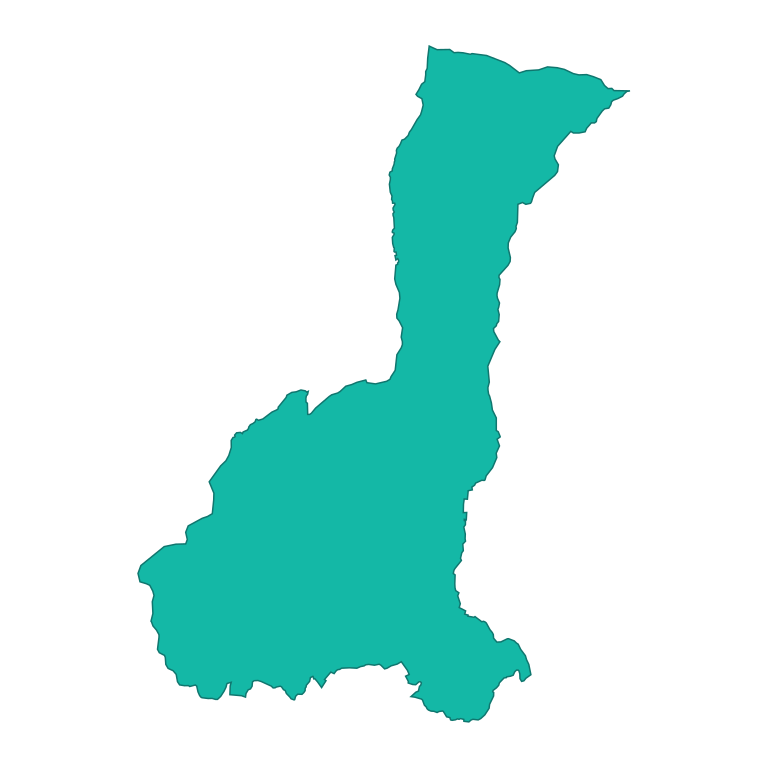 Halmagiu, Arad, Romania
{"feature_id": "2599482B14202054481695", "entity_name": "Halmagiu", "entity_type": "district", "adm_level": 2, "iso_a3": "ROU", "parent_name": "Romania", "parent_adm1": "Arad", "projection": "orthographic", "projection_center": [22.581, 46.302], "detail": "fine", "context": "isolated", "style": "filled", "palette": "teal", "viewbox_px": 768, "rotation_deg": 0, "n_neighbors": 0, "source": "geoboundaries", "source_scale": "gbopen_adm2", "svg_char_len": 6091}
<svg xmlns="http://www.w3.org/2000/svg" viewBox="0 0 768 768"><path d="M484.8,714.9L489.1,708.3L489.6,704.3L493.6,696.0L493.7,692.5L492.7,691.8L493.1,690.4L496.5,687.8L498.7,685.3L499.4,682.8L504.1,677.9L506.4,677.6L506.8,676.8L510.6,676.2L513.2,675.2L514.8,671.7L516.5,670.1L518.1,670.1L518.9,670.8L519.8,673.8L520.0,678.7L521.6,681.4L523.9,680.8L526.0,678.2L530.9,674.7L528.8,664.4L526.6,659.8L525.4,655.7L520.7,649.4L518.2,644.2L516.4,643.0L514.3,640.9L508.6,638.7L507.3,638.8L500.9,641.9L496.9,642.1L493.6,638.2L493.3,634.5L492.2,632.4L489.9,629.6L486.3,623.0L485.3,622.1L483.6,621.3L481.7,621.7L475.0,616.6L474.1,617.3L467.9,616.2L468.1,615.1L464.7,614.1L465.6,610.9L459.2,607.6L460.3,603.7L457.7,595.8L458.9,592.8L455.7,590.6L455.0,587.7L454.8,583.8L455.1,574.9L453.3,573.5L453.9,570.4L454.9,568.6L461.4,560.5L460.5,558.3L461.8,552.7L463.3,550.7L462.8,544.1L465.5,541.2L465.1,538.7L465.3,534.1L463.8,527.0L465.4,524.8L465.5,520.9L464.3,520.6L464.3,519.3L466.3,519.8L466.7,512.5L463.3,512.6L463.5,504.1L464.2,499.0L467.4,499.2L468.2,490.7L472.3,489.9L471.9,487.1L474.6,485.2L475.6,483.1L481.7,480.3L484.4,480.4L485.0,479.9L486.2,475.8L492.5,467.7L496.8,457.6L496.2,453.2L499.5,445.9L497.1,439.2L500.2,436.9L500.1,436.4L498.2,431.7L496.3,430.5L496.3,417.9L492.4,410.0L491.4,402.9L489.6,396.1L488.6,394.1L488.0,390.1L487.9,387.5L489.3,382.1L487.8,366.2L494.9,349.4L499.9,341.7L498.4,340.2L493.8,331.6L493.5,328.5L496.3,325.8L496.8,323.7L498.6,321.5L499.2,314.5L497.9,309.4L498.7,307.2L499.5,303.0L497.5,298.3L497.0,295.6L497.1,293.1L499.6,284.7L500.0,279.5L498.9,277.3L499.1,275.2L508.0,265.3L510.1,261.5L510.4,257.6L508.1,247.9L508.3,242.9L510.7,237.1L515.0,231.8L516.3,228.6L516.0,226.3L517.4,222.4L517.9,204.3L522.5,202.5L525.8,204.3L530.5,203.3L531.5,201.8L532.7,197.7L534.7,192.4L554.8,175.3L557.5,171.6L558.4,164.8L555.0,159.0L554.2,155.8L557.6,146.3L570.8,131.4L573.4,133.0L579.0,133.0L585.1,131.8L586.7,128.2L591.3,122.9L594.6,122.9L596.3,121.6L596.9,118.5L602.2,111.1L604.6,108.8L608.8,108.1L610.8,104.8L611.6,101.7L613.3,100.2L617.8,98.6L622.5,96.2L624.2,93.8L626.9,91.4L630.0,90.9L614.0,90.6L611.8,88.4L608.0,88.6L604.5,85.5L600.9,79.7L593.5,76.7L586.7,74.6L578.9,74.9L573.3,73.6L564.4,69.4L557.1,67.7L547.5,66.9L538.7,69.9L526.3,70.7L519.3,72.9L509.8,65.6L505.0,62.7L486.6,55.5L472.0,53.6L470.4,54.3L463.1,52.8L458.0,52.4L454.1,52.7L449.7,49.5L437.1,49.7L429.2,46.1L427.7,58.2L427.2,68.4L425.7,71.5L425.7,74.9L424.8,81.7L421.6,84.2L418.9,89.7L416.0,94.4L417.6,96.3L421.9,98.7L423.2,105.1L421.6,111.5L420.5,114.9L417.1,119.6L411.5,129.4L409.4,132.2L408.2,135.5L404.5,139.2L401.9,140.1L400.4,143.9L399.0,146.4L397.2,148.2L396.4,150.3L396.6,153.0L394.7,159.1L394.9,160.8L394.4,161.7L394.1,164.2L392.3,168.9L392.3,170.8L389.9,172.2L389.2,175.0L390.4,177.3L390.3,179.9L389.4,184.2L390.3,192.2L392.0,196.0L391.6,199.4L392.4,200.9L392.6,203.2L394.7,203.2L395.0,204.5L393.0,208.1L393.2,210.1L394.3,212.0L393.0,213.6L393.1,215.5L393.8,217.6L394.4,228.3L392.9,229.8L392.3,231.4L392.4,232.5L394.0,233.1L394.2,234.2L392.3,237.4L392.7,243.5L393.7,247.4L394.3,248.0L394.0,251.4L394.5,252.0L396.1,252.1L396.5,255.3L395.0,255.6L395.9,260.0L397.7,258.6L398.5,260.0L398.6,262.0L397.6,263.0L397.6,264.4L395.9,265.1L394.7,278.9L395.9,284.3L399.4,292.5L399.9,298.3L398.0,309.8L396.7,314.2L396.9,318.1L399.1,320.8L402.6,327.7L401.2,337.1L402.4,341.7L402.4,344.6L401.2,347.9L396.9,354.7L395.2,370.3L391.0,376.7L390.0,379.3L386.6,381.3L375.5,383.9L366.9,382.7L365.8,380.0L357.0,382.3L351.6,384.6L345.8,386.2L340.1,391.5L337.7,393.0L331.7,394.8L329.3,396.4L315.6,408.1L311.4,413.2L309.7,414.4L307.7,414.4L307.4,403.3L306.0,402.0L305.9,398.4L306.3,396.1L307.6,394.3L308.2,391.4L306.8,392.1L305.2,390.8L300.9,390.0L296.2,391.8L291.8,392.4L286.9,395.2L286.2,397.4L278.2,407.2L278.2,408.7L276.7,409.9L271.9,412.1L262.8,419.0L258.5,420.3L256.7,419.2L255.9,419.5L255.1,421.8L253.1,423.4L250.4,424.7L248.7,427.1L248.6,428.3L247.3,430.1L243.1,432.0L242.4,433.6L240.4,432.4L236.6,432.8L234.6,435.1L235.1,436.4L234.7,437.1L233.0,437.5L231.2,440.4L231.3,447.6L228.8,455.5L225.9,460.8L220.7,465.8L209.2,481.8L213.9,493.2L213.7,500.0L212.3,513.7L207.5,516.5L202.2,518.3L188.2,525.9L185.7,532.3L187.3,539.5L185.7,543.9L175.8,544.2L164.2,546.6L140.9,565.5L138.0,573.4L140.0,581.8L146.3,583.7L149.8,585.3L152.8,591.1L154.0,595.5L152.3,601.7L152.9,613.5L151.0,621.2L151.5,621.9L153.0,626.0L156.5,630.1L159.0,634.7L159.0,637.2L157.5,649.3L159.3,652.7L164.5,655.4L165.3,657.5L165.8,664.4L168.1,668.4L173.1,670.7L176.2,674.4L177.5,681.7L179.6,684.9L184.5,685.7L188.5,685.6L189.7,686.5L195.3,685.0L196.7,686.0L198.0,691.9L199.5,695.3L200.6,696.9L201.9,697.7L208.1,698.5L212.1,698.4L215.6,699.4L217.5,699.4L220.7,696.4L224.0,691.3L226.0,687.2L226.8,684.0L227.3,683.4L231.2,682.3L230.2,685.9L229.9,694.7L241.5,695.7L245.5,697.1L246.0,693.5L248.2,689.8L250.5,688.9L252.1,686.2L252.5,681.9L254.1,680.7L258.0,680.5L261.2,681.5L271.3,686.1L273.1,687.9L275.1,687.8L276.4,687.0L280.2,686.2L281.5,686.8L283.5,689.7L285.2,690.5L286.4,693.5L289.9,697.1L291.1,698.8L294.1,699.9L294.7,699.6L295.6,696.3L297.7,694.2L302.0,694.3L303.8,692.6L305.1,690.7L305.2,688.2L306.1,687.0L306.3,685.3L309.6,681.4L310.4,677.6L312.7,676.4L313.0,676.4L313.8,678.9L314.8,678.7L317.5,681.8L321.6,687.6L326.0,680.7L324.5,679.5L330.8,672.1L334.1,673.6L336.1,670.9L337.6,669.7L339.7,669.4L341.6,668.2L349.5,667.8L356.9,668.2L360.5,666.6L364.1,665.9L365.7,664.8L368.7,664.4L374.5,665.2L379.2,664.2L380.9,665.2L384.6,668.9L387.1,668.2L391.2,665.8L397.2,664.1L401.3,661.7L407.4,670.3L409.2,674.5L405.6,676.2L408.3,681.3L408.2,683.0L412.7,684.5L415.7,684.7L419.0,681.8L420.5,681.8L421.4,682.9L420.7,685.3L419.5,686.3L418.4,691.1L415.8,692.2L411.0,696.6L415.0,697.2L421.5,699.1L422.5,700.0L424.4,705.2L426.2,706.9L427.1,708.8L428.4,710.0L431.0,711.1L433.9,711.3L437.1,712.5L439.0,711.5L442.5,711.0L443.4,711.5L446.6,716.8L449.9,717.6L450.6,719.9L452.1,720.3L455.5,719.8L457.4,718.9L459.1,719.3L460.5,718.6L463.8,719.4L463.9,721.3L468.9,721.9L471.1,720.0L472.9,719.3L478.2,719.9L480.7,718.6L484.8,714.9Z" fill="#14b8a6" stroke="#0f766e" stroke-width="1.5"/></svg>